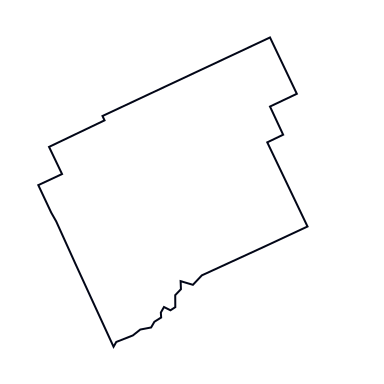 Wheeler, Oregon, United States of America, rotated 245°
{"feature_id": "52423323B81574348817756", "entity_name": "Wheeler", "entity_type": "district", "adm_level": 2, "iso_a3": "USA", "parent_name": "United States of America", "parent_adm1": "Oregon", "projection": "albers", "projection_center": [-120.177, 44.687], "detail": "fine", "context": "isolated", "style": "outline", "palette": "ink", "viewbox_px": 384, "rotation_deg": 245, "n_neighbors": 0, "source": "geoboundaries", "source_scale": "gbopen_adm2", "svg_char_len": 527}
<svg xmlns="http://www.w3.org/2000/svg" viewBox="0 0 384 384"><g transform="rotate(245 192 192)"><path d="M293.3,81.5L263.2,81.8L263.2,55.6L232.8,55.7L222.7,56.5L176.8,56.0L84.9,55.5L88.1,60.0L87.0,77.8L89.2,87.0L86.5,97.7L90.3,103.1L91.3,111.0L95.9,112.8L99.6,118.0L93.9,122.5L94.7,128.2L105.6,133.2L108.6,140.9L116.0,144.0L107.5,153.6L112.3,165.7L111.9,236.3L111.9,282.1L205.2,281.2L205.4,298.8L236.5,298.8L236.7,328.5L299.1,328.0L298.7,143.0L293.9,143.0L293.3,81.5Z" fill="none" stroke="#020617" stroke-width="2"/></g></svg>